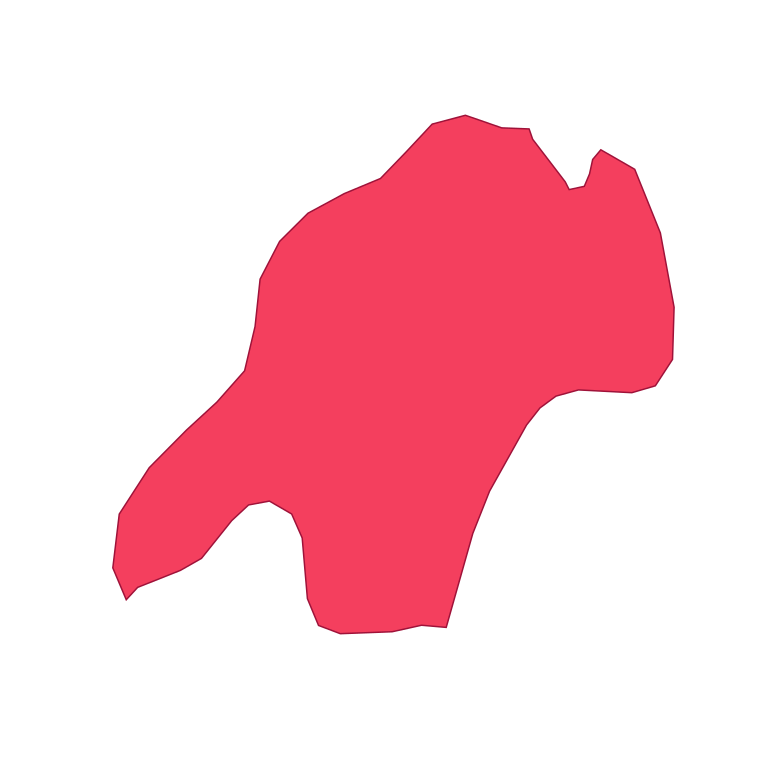 SVG path tracing the border of Balakən, rotated 170°
{"feature_id": "AZE-1723", "entity_name": "Balakən", "entity_type": "District", "adm_level": 1, "iso_a3": "AZE", "parent_name": "Azerbaijan", "parent_adm1": "", "projection": "mercator", "projection_center": [46.43, 41.723], "detail": "fine", "context": "isolated", "style": "filled", "palette": "rose", "viewbox_px": 768, "rotation_deg": 170, "n_neighbors": 0, "source": "natural_earth", "source_scale": "10m", "svg_char_len": 791}
<svg xmlns="http://www.w3.org/2000/svg" viewBox="0 0 768 768"><g transform="rotate(170 384 384)"><path d="M365.0,133.5L388.9,139.9L418.9,138.6L470.4,145.7L490.4,157.6L496.7,185.9L491.3,246.6L497.5,272.0L517.2,288.6L538.4,288.4L557.7,275.9L594.0,244.0L616.9,235.8L661.9,226.5L675.3,216.3L683.0,250.0L667.3,301.9L629.7,342.4L586.4,373.0L551.7,395.2L519.0,421.2L501.0,463.0L487.8,508.8L462.0,542.6L429.2,565.4L390.1,578.4L351.8,587.0L321.9,608.7L291.4,631.6L257.2,634.5L223.6,615.8L196.8,610.0L195.1,599.2L170.4,551.6L167.9,543.3L152.4,543.9L145.1,555.2L139.5,568.9L129.8,577.0L99.8,551.9L85.6,484.8L85.0,409.2L95.6,358.1L117.1,335.1L141.4,332.4L193.5,344.4L216.7,342.2L234.5,333.4L250.7,318.9L298.6,260.2L322.5,221.4L365.0,133.5Z" fill="#f43f5e" stroke="#9f1239" stroke-width="1.5"/></g></svg>